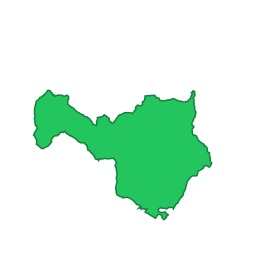 Lapugiu De Jos, Hunedoara, Romania, rotated 129°
{"feature_id": "2599482B98896548530240", "entity_name": "Lapugiu De Jos", "entity_type": "district", "adm_level": 2, "iso_a3": "ROU", "parent_name": "Romania", "parent_adm1": "Hunedoara", "projection": "albers", "projection_center": [22.473, 45.86], "detail": "fine", "context": "isolated", "style": "filled", "palette": "green", "viewbox_px": 256, "rotation_deg": 129, "n_neighbors": 0, "source": "geoboundaries", "source_scale": "gbopen_adm2", "svg_char_len": 5844}
<svg xmlns="http://www.w3.org/2000/svg" viewBox="0 0 256 256"><g transform="rotate(129 128 128)"><path d="M198.2,182.0L197.8,181.4L196.7,180.7L194.7,180.0L193.1,179.0L191.1,178.5L187.3,178.6L186.3,179.0L186.2,179.2L186.4,179.3L185.9,179.7L184.4,180.5L182.8,180.5L181.0,180.2L179.7,179.6L179.1,179.0L178.8,178.5L178.7,178.7L178.3,178.6L178.3,178.3L178.0,178.3L177.3,177.8L176.1,177.5L175.4,177.8L173.9,177.7L173.5,177.5L172.7,176.5L172.6,175.9L172.5,175.7L171.8,175.4L171.4,175.5L171.2,175.2L170.6,175.1L170.3,174.8L170.8,173.6L170.8,170.9L170.5,169.1L170.6,168.5L170.4,168.3L170.3,167.6L169.9,167.6L170.0,167.0L169.6,165.2L169.7,164.7L169.5,164.1L169.5,163.2L169.4,162.5L169.3,160.4L169.6,160.0L169.7,159.4L169.7,157.2L169.4,156.6L169.0,155.0L168.8,154.5L168.2,154.3L167.3,153.3L167.2,152.2L167.5,151.1L167.3,150.3L167.6,149.0L168.0,148.7L168.1,147.9L168.8,147.0L170.1,146.0L170.3,145.4L170.2,144.3L169.9,144.1L170.1,143.5L169.9,142.8L170.4,142.1L170.3,140.4L170.6,140.1L170.5,139.9L170.6,139.6L170.4,139.2L170.6,138.5L170.6,138.2L170.8,138.1L170.8,137.5L171.0,137.2L171.0,136.9L171.6,135.9L171.8,135.4L171.7,135.2L172.0,135.0L172.0,134.5L172.5,134.0L172.2,133.5L172.4,133.2L171.9,132.4L171.9,132.0L171.6,131.7L171.3,130.8L171.6,130.4L171.1,130.4L170.3,131.2L169.7,131.0L169.5,130.0L168.7,128.7L167.6,128.1L166.2,126.8L165.7,125.8L163.5,122.9L162.6,122.3L160.5,120.1L160.8,119.8L161.0,119.3L161.0,117.7L161.4,117.2L162.2,115.2L162.5,114.9L165.5,114.4L165.9,113.2L166.0,113.1L166.1,112.8L166.4,112.7L166.4,112.3L166.7,112.2L166.8,111.8L166.6,111.4L167.8,110.9L168.6,109.5L170.0,108.4L171.2,107.1L171.7,106.8L173.1,106.3L174.2,105.6L175.0,104.9L175.8,103.3L179.1,101.5L180.1,101.1L182.1,99.9L183.5,98.8L184.6,97.2L185.5,96.6L186.9,94.6L186.1,90.4L185.3,89.4L185.2,88.9L185.6,88.0L184.8,87.5L182.3,84.9L181.4,83.0L181.4,81.7L181.0,80.0L181.2,78.6L181.1,77.3L181.4,74.9L182.1,73.3L181.4,72.3L181.0,70.5L180.8,69.1L181.3,68.4L181.6,68.5L181.7,69.0L182.5,69.2L183.6,69.2L182.0,68.3L182.0,67.8L182.6,67.4L182.9,66.6L181.7,66.5L181.5,66.2L180.9,64.1L180.3,63.8L179.1,62.4L182.5,61.9L182.4,60.6L182.1,59.6L180.9,49.9L180.4,49.7L178.6,50.2L176.4,50.1L175.6,49.5L174.7,47.8L176.4,44.4L176.7,42.5L173.7,41.8L173.2,42.6L170.2,42.0L170.3,44.4L170.1,45.4L169.7,46.1L172.3,48.4L173.1,49.8L173.4,50.6L173.2,52.4L172.9,52.8L172.3,53.2L169.2,52.6L169.2,51.8L169.1,51.5L168.3,50.2L168.0,50.2L167.4,49.2L166.6,47.2L166.1,46.8L164.4,46.5L162.6,44.6L161.6,42.8L161.6,42.4L162.1,41.9L159.5,42.4L158.3,42.3L157.2,42.8L156.4,42.6L155.2,42.1L153.9,42.3L152.9,42.7L150.9,42.9L149.9,43.3L148.1,42.8L145.6,42.9L143.5,43.9L143.4,44.1L138.6,45.1L138.0,46.0L135.8,46.5L135.2,47.0L134.5,47.2L133.3,47.9L131.5,48.3L129.3,48.2L128.3,48.5L125.4,48.1L124.5,47.7L123.8,46.9L123.1,45.7L121.6,44.5L119.3,45.3L118.7,45.9L117.4,46.2L116.6,46.0L115.6,45.4L113.6,44.8L112.3,44.2L109.5,44.7L108.1,43.6L107.6,42.7L107.5,40.8L107.1,40.1L106.2,40.0L105.1,40.4L103.9,40.4L103.2,40.6L102.6,40.9L102.2,42.2L102.1,42.9L101.4,44.0L99.4,45.2L99.1,46.2L98.7,46.5L96.7,48.6L95.9,49.1L96.3,50.2L96.3,51.0L96.0,51.8L95.4,52.6L94.6,53.0L94.1,53.5L93.3,55.2L93.2,55.8L93.4,56.1L93.5,56.7L93.8,56.4L94.1,56.7L93.3,57.4L93.3,57.5L93.5,57.6L93.2,58.0L93.3,58.2L92.8,58.7L93.2,60.0L93.4,62.6L93.1,66.1L92.8,66.9L92.2,67.6L92.0,68.5L91.5,68.8L91.2,69.8L91.5,71.5L91.9,72.0L92.3,73.1L92.3,73.5L91.8,74.4L90.7,75.4L89.4,76.9L87.8,77.5L86.0,77.4L85.6,77.6L85.2,78.4L85.1,80.6L84.5,81.3L80.7,82.1L79.9,82.8L78.0,82.8L76.6,83.1L76.0,83.4L75.0,84.2L73.7,84.6L72.7,85.7L71.6,88.1L69.6,89.4L68.8,90.9L68.0,91.7L67.0,92.2L66.3,93.4L64.7,94.2L63.7,96.0L60.4,96.6L59.6,97.3L58.7,98.4L57.7,99.2L58.3,100.9L59.3,100.5L59.8,100.7L60.1,100.5L60.6,100.8L60.5,100.1L60.6,99.9L66.0,98.0L66.6,98.2L70.1,98.6L71.6,100.1L72.5,100.6L72.9,101.3L74.0,104.0L75.1,105.3L75.6,107.2L75.8,108.8L76.1,109.4L76.1,109.7L76.7,111.5L79.9,113.1L80.8,114.6L81.9,115.2L84.6,117.4L85.5,119.3L86.4,120.2L86.4,120.9L85.4,122.7L85.6,123.6L86.6,124.3L86.3,126.2L86.4,126.9L85.6,127.7L92.4,134.9L93.3,134.1L94.4,133.6L95.3,132.8L95.8,132.6L96.9,132.7L98.9,133.2L99.5,132.4L100.9,131.3L101.4,131.4L102.7,132.3L103.4,133.2L103.5,133.6L104.2,134.9L104.6,135.1L105.6,135.0L106.3,135.2L107.2,135.0L107.8,134.6L108.4,133.7L108.6,133.6L111.2,133.8L112.1,133.5L112.9,133.5L114.0,134.0L114.2,134.8L115.2,136.6L117.4,139.2L117.7,139.8L119.8,141.0L121.2,141.4L123.0,142.7L124.4,143.1L127.7,143.0L130.2,142.6L132.2,142.8L132.8,142.6L134.3,143.2L134.5,143.9L134.1,145.1L134.5,146.3L134.3,146.9L132.4,148.8L132.6,149.8L132.4,152.4L132.7,154.8L134.6,154.9L136.4,156.0L137.3,156.9L139.3,158.3L140.5,157.1L142.2,156.7L143.1,156.3L144.4,154.7L145.8,154.2L146.3,155.1L146.4,155.7L147.0,158.1L146.3,159.0L145.9,160.2L145.9,160.5L145.6,161.2L145.5,162.3L145.1,163.1L145.2,165.2L145.0,166.4L145.6,167.3L146.3,169.3L146.2,170.4L146.0,171.2L146.2,172.0L147.1,173.5L146.9,175.0L147.3,176.7L147.5,179.3L147.2,180.4L147.3,180.8L146.9,183.7L147.4,184.4L147.3,185.8L147.6,187.8L147.4,188.8L147.5,189.5L147.2,190.0L146.3,190.5L145.1,191.8L142.8,192.5L141.7,193.3L141.0,194.0L140.8,195.4L141.2,196.2L142.5,196.8L143.6,197.8L143.9,198.6L144.1,200.1L145.0,200.9L145.6,201.7L146.1,202.8L146.6,203.3L147.4,203.6L148.2,204.3L149.5,204.9L149.2,205.8L148.8,206.1L148.9,206.4L149.3,206.9L149.5,207.8L148.7,208.6L148.6,209.8L148.7,210.6L148.5,210.9L148.1,212.1L148.8,213.5L149.2,214.0L149.6,214.1L152.9,213.7L154.9,214.3L155.6,213.8L156.2,214.4L158.8,215.0L159.6,215.6L162.6,215.5L164.4,216.0L165.1,216.0L166.7,215.1L167.6,214.9L169.5,213.6L170.9,213.4L173.9,211.1L176.5,208.9L177.1,207.9L177.5,207.5L179.5,206.8L181.4,204.5L182.7,203.6L183.4,202.1L184.2,201.7L184.3,199.8L185.1,198.4L187.7,197.9L189.4,197.9L193.0,196.9L193.2,195.6L194.3,192.6L195.2,191.0L197.0,189.7L198.3,189.0L198.1,186.4L198.3,184.0L198.2,182.5L198.2,182.0Z" fill="#22c55e" stroke="#15803d" stroke-width="1.5"/></g></svg>